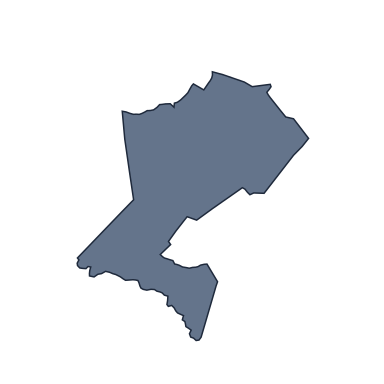 the district of Capim Grosso, Bahia, Brazil, rotated 223°
{"feature_id": "56859067B2798558104088", "entity_name": "Capim Grosso", "entity_type": "district", "adm_level": 2, "iso_a3": "BRA", "parent_name": "Brazil", "parent_adm1": "Bahia", "projection": "natural_earth1", "projection_center": [-40.008, -11.3], "detail": "fine", "context": "isolated", "style": "filled", "palette": "slate", "viewbox_px": 384, "rotation_deg": 223, "n_neighbors": 0, "source": "geoboundaries", "source_scale": "gbopen_adm2", "svg_char_len": 1878}
<svg xmlns="http://www.w3.org/2000/svg" viewBox="0 0 384 384"><g transform="rotate(223 192 192)"><path d="M85.9,88.5L86.3,92.0L110.4,139.9L112.1,143.8L131.9,149.5L133.9,147.3L135.9,144.3L136.7,141.5L138.0,139.5L140.2,137.2L142.0,134.4L144.5,132.9L147.8,130.7L151.4,129.7L153.6,128.7L155.6,127.5L159.2,128.8L162.6,127.1L165.0,126.0L167.1,124.9L169.3,124.6L172.6,124.6L171.8,139.0L175.5,139.8L177.2,152.9L178.2,164.4L178.7,170.6L169.4,174.6L165.7,193.8L158.1,229.5L155.2,230.2L151.2,229.6L147.8,229.5L146.2,233.4L138.4,240.2L142.8,288.1L142.5,300.5L143.3,310.7L167.7,314.8L174.6,310.8L182.7,311.9L199.4,314.4L202.8,315.1L205.3,316.0L205.5,319.7L206.0,322.9L208.2,324.1L219.8,310.1L228.7,308.1L249.2,299.0L259.1,293.8L256.8,291.5L255.3,288.8L254.6,285.9L254.3,283.2L253.7,279.3L253.0,274.7L264.7,272.0L264.6,269.4L263.7,265.6L262.7,261.8L262.7,258.5L263.1,251.4L263.9,247.6L265.5,245.0L263.0,241.7L265.4,241.7L268.1,241.7L271.5,238.3L273.7,235.6L275.3,233.8L275.3,230.1L276.1,225.9L278.1,223.1L280.3,220.9L281.1,218.2L282.2,215.3L283.5,212.8L285.7,211.0L287.9,208.8L291.2,207.1L294.8,205.6L298.1,203.5L277.2,184.8L251.7,164.3L229.4,146.5L229.5,143.0L229.6,138.5L229.8,129.2L230.8,65.6L228.4,65.2L227.4,61.6L225.5,60.1L222.3,59.9L220.2,61.3L217.3,63.6L217.2,66.6L214.9,68.1L213.2,64.8L211.4,62.4L209.7,60.7L205.7,63.1L204.7,67.7L202.5,70.6L201.1,75.0L197.5,77.1L194.1,78.3L191.6,79.6L189.3,80.3L186.6,81.1L183.3,81.5L180.4,82.1L177.7,85.0L175.3,87.6L173.2,89.2L171.2,90.4L168.8,89.4L166.1,87.8L163.8,86.9L161.3,87.5L158.1,89.4L155.6,92.9L152.9,95.1L150.1,95.5L147.0,97.2L144.9,97.9L141.9,97.7L138.6,99.4L135.7,95.8L133.6,92.6L131.3,92.2L129.5,95.2L126.1,95.1L122.8,94.0L120.1,93.7L117.3,94.6L113.9,95.8L111.9,91.9L108.9,92.4L106.9,91.1L104.7,89.4L101.5,90.0L98.4,90.4L97.2,86.6L94.0,85.0L91.2,86.2L87.7,86.2L85.9,88.5Z" fill="#64748b" stroke="#1e293b" stroke-width="1.5"/></g></svg>